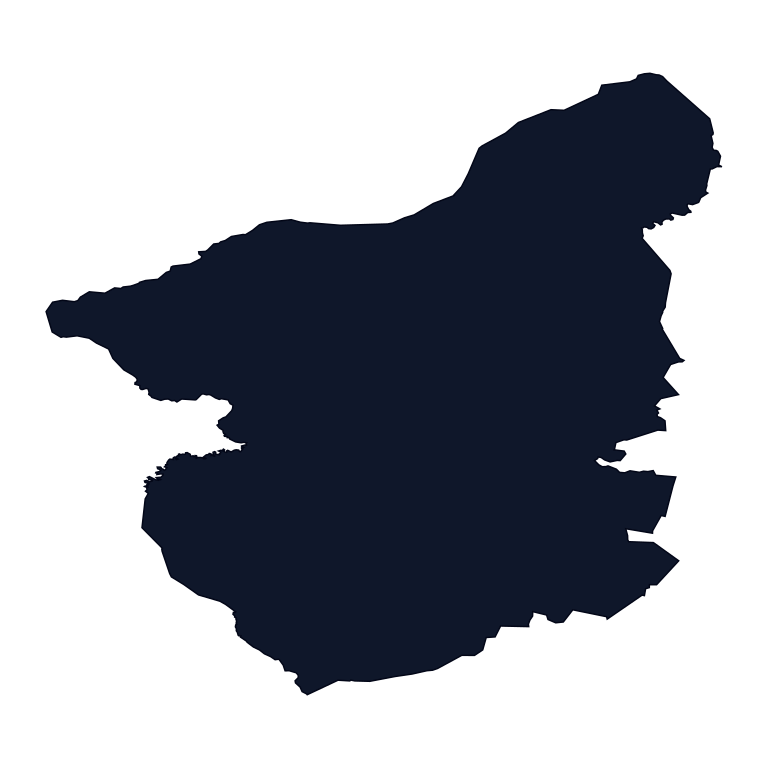 outline of Tirzas pag., Gulbene, Latvia
{"feature_id": "27541924B64079205421183", "entity_name": "Tirzas pag.", "entity_type": "district", "adm_level": 2, "iso_a3": "LVA", "parent_name": "Latvia", "parent_adm1": "Gulbene", "projection": "equal_earth", "projection_center": [26.38, 57.123], "detail": "fine", "context": "isolated", "style": "filled", "palette": "ink", "viewbox_px": 768, "rotation_deg": 0, "n_neighbors": 0, "source": "geoboundaries", "source_scale": "gbopen_adm2", "svg_char_len": 6107}
<svg xmlns="http://www.w3.org/2000/svg" viewBox="0 0 768 768"><path d="M607.2,619.1L642.1,595.1L644.4,595.6L645.6,588.7L649.3,587.6L649.4,584.7L656.6,584.7L678.7,560.8L653.4,542.6L628.6,541.7L627.7,539.7L627.6,535.6L625.7,528.7L652.5,533.2L652.6,530.8L661.2,515.5L665.1,516.4L673.0,485.8L675.8,477.0L655.8,475.3L653.2,470.6L647.9,471.6L643.5,471.2L639.4,472.3L630.0,470.8L624.8,472.8L619.6,472.4L616.4,469.2L608.0,465.9L605.9,466.6L602.2,466.7L598.8,464.8L594.5,460.5L597.6,458.6L598.2,456.9L601.2,457.5L604.6,459.9L610.1,461.9L617.2,460.4L620.2,460.6L625.8,454.0L624.2,451.1L614.0,449.8L614.6,448.8L615.9,442.6L623.9,439.8L626.8,440.0L657.8,430.1L665.7,430.6L665.0,420.8L660.5,417.7L657.4,416.6L657.0,414.4L658.5,413.0L656.8,410.1L659.8,408.9L654.5,405.9L660.8,398.6L678.5,394.6L663.1,377.5L670.6,364.5L678.4,361.9L682.3,361.8L684.0,360.4L679.7,358.4L662.3,329.3L662.7,328.5L659.5,321.6L661.1,315.8L662.7,312.4L662.7,311.1L665.2,307.1L665.5,302.7L671.1,273.8L669.9,270.4L642.1,238.3L643.2,235.8L642.4,232.9L642.3,229.7L641.5,228.1L643.0,227.8L644.2,226.9L647.1,227.3L648.6,228.6L651.1,228.9L653.7,227.5L655.0,225.4L652.6,223.4L653.6,221.7L658.0,222.8L660.6,224.9L662.1,224.2L661.9,222.1L663.4,220.2L665.8,219.0L669.5,218.9L670.8,220.1L672.9,219.5L673.4,217.9L670.6,215.3L670.2,214.0L672.1,213.0L682.1,215.2L684.7,215.1L687.7,212.5L690.9,212.3L690.8,211.3L688.7,209.6L687.1,206.4L687.2,204.6L688.2,203.8L692.6,204.6L698.1,202.6L698.8,202.1L700.7,197.7L707.8,193.1L705.9,192.1L705.5,190.1L706.9,185.5L706.7,183.8L710.3,169.0L712.2,168.9L716.9,166.6L721.9,166.7L718.6,165.0L720.5,156.2L717.8,151.3L716.4,150.5L713.5,150.2L712.1,147.3L712.9,143.4L711.1,135.6L712.9,134.5L713.2,132.9L709.7,118.8L666.8,81.0L662.6,76.6L659.1,75.0L656.3,74.8L650.0,73.3L644.3,73.8L638.2,75.4L636.5,78.9L629.9,81.8L601.8,85.2L598.3,94.3L564.1,110.3L551.0,109.7L518.4,122.5L505.5,133.2L482.1,145.9L479.1,148.3L468.3,173.6L461.5,186.8L453.8,195.1L454.2,195.5L433.3,203.5L414.1,214.9L404.5,217.8L392.8,223.0L387.6,224.0L340.5,225.3L310.0,222.8L307.6,223.1L300.4,222.2L291.2,219.7L266.8,222.3L259.4,224.8L252.5,230.4L245.5,234.7L243.0,234.5L231.4,236.5L225.3,240.5L220.6,241.9L219.0,243.4L213.7,244.0L207.7,250.0L205.6,251.4L198.7,251.8L199.0,254.0L201.8,256.1L201.0,258.7L190.1,264.1L173.0,266.1L171.2,267.0L170.2,271.1L166.3,272.4L158.0,279.3L145.7,280.5L139.4,282.4L139.2,283.2L133.4,285.3L130.3,286.2L123.1,287.0L120.9,288.5L114.6,287.9L105.0,293.2L89.3,291.8L80.4,297.1L77.8,300.6L74.3,301.7L62.5,300.3L52.6,302.2L46.1,311.6L52.2,332.0L61.0,337.3L63.2,336.7L66.4,337.1L77.1,335.8L89.2,338.2L96.5,343.1L108.6,349.0L112.9,358.4L123.9,369.9L132.7,375.0L135.6,377.1L137.1,379.0L137.1,380.7L136.3,382.1L135.1,382.5L134.9,384.2L139.8,385.6L139.9,388.1L141.1,389.4L142.6,389.5L146.1,388.4L148.1,388.9L149.1,392.3L148.7,394.4L151.2,396.3L151.9,397.4L160.8,400.4L164.7,399.2L168.3,399.0L171.7,400.8L174.6,400.5L176.9,402.0L181.7,399.0L195.2,399.9L196.2,399.6L201.4,394.4L202.9,393.8L206.5,394.8L209.0,394.5L210.7,395.0L215.4,397.9L219.3,399.4L221.4,398.7L228.1,399.9L230.2,403.7L233.0,405.2L232.6,408.4L231.7,410.7L225.9,416.9L223.2,417.8L218.6,420.8L218.9,424.2L217.1,425.2L219.5,428.1L223.2,430.4L223.0,431.6L223.7,433.5L225.5,434.3L224.1,435.7L224.5,436.3L227.4,436.5L227.2,437.6L229.4,437.8L229.7,439.0L235.6,441.9L241.1,442.8L243.9,442.3L246.5,442.8L246.0,443.2L246.6,445.2L245.9,445.5L245.1,445.0L241.5,446.0L241.6,446.5L243.5,447.4L241.5,447.9L241.6,448.7L242.8,448.8L242.7,449.2L240.5,451.7L239.5,451.5L238.7,450.1L236.2,449.8L234.2,450.2L231.1,452.0L227.7,450.3L226.7,450.9L226.8,452.1L226.0,452.4L223.4,451.2L224.6,450.0L223.5,449.1L223.0,449.5L223.2,450.4L222.7,450.6L220.9,450.3L218.6,451.0L220.8,452.1L220.5,453.1L219.3,453.9L219.7,454.5L219.4,454.8L215.7,454.2L215.7,452.2L214.6,451.6L213.0,452.3L213.7,455.1L214.8,456.0L214.4,456.3L212.4,455.5L211.0,455.6L211.9,454.4L210.0,453.6L209.2,453.5L208.5,454.5L206.2,454.9L203.4,457.1L206.0,458.3L205.5,458.8L203.4,458.8L202.3,457.8L200.8,457.5L198.4,457.5L196.2,458.4L195.9,458.0L197.0,457.1L196.5,455.7L195.0,455.6L195.0,456.5L194.0,456.8L193.2,455.8L190.6,456.3L190.2,454.3L187.2,452.6L185.6,452.8L185.3,454.2L184.8,454.4L182.7,454.1L180.9,454.7L179.2,453.9L178.5,454.3L178.8,455.9L177.4,455.8L176.1,456.9L176.2,457.8L178.1,459.1L176.3,459.6L175.5,458.9L175.5,457.4L174.8,457.0L173.4,457.7L173.1,458.5L173.4,459.5L169.8,459.1L168.6,460.1L167.0,462.5L166.9,463.5L167.5,464.5L165.7,464.7L165.9,465.4L164.5,466.8L166.9,467.6L164.8,470.2L164.3,470.4L163.3,469.3L161.3,468.5L161.1,467.5L160.5,467.1L157.2,467.1L157.6,468.7L159.8,469.5L160.7,470.6L159.2,471.6L155.9,472.4L155.7,472.9L157.3,473.2L156.9,474.5L160.7,473.9L163.2,474.2L163.0,475.2L161.0,477.2L156.2,477.6L157.7,479.2L157.3,479.6L160.0,479.2L160.7,479.6L158.3,480.4L155.8,479.8L149.4,476.6L147.5,477.4L148.9,478.7L148.7,479.6L151.9,479.8L152.5,480.6L152.2,481.0L149.2,481.9L146.7,480.4L144.5,481.0L145.0,482.4L149.0,483.5L149.0,484.0L146.9,484.6L146.8,485.1L148.1,485.3L147.5,486.0L147.9,486.8L145.2,486.0L144.5,486.5L147.0,487.4L146.7,488.0L147.1,489.7L145.5,491.2L148.3,493.4L145.2,498.9L142.0,527.7L162.3,548.2L161.8,549.0L162.1,551.2L169.7,573.6L171.4,576.9L183.8,584.5L198.5,594.9L219.9,601.2L225.6,604.4L235.8,611.9L235.1,612.6L233.4,612.4L233.0,614.3L234.8,615.9L234.6,617.0L236.3,618.1L235.9,619.1L236.6,619.7L236.3,620.8L236.7,622.1L236.1,623.0L236.8,624.2L235.7,624.9L235.4,626.9L236.4,628.7L236.3,630.8L237.2,632.0L238.2,635.3L238.9,635.8L240.9,635.9L240.5,637.1L246.4,641.1L247.2,642.3L253.4,647.0L259.4,649.9L264.4,653.8L270.6,656.6L275.1,659.7L278.9,659.2L283.2,665.1L285.1,670.8L289.2,670.7L296.2,672.8L298.1,675.1L298.3,676.9L298.0,677.9L295.1,680.8L295.5,682.9L300.1,687.1L302.1,691.6L306.6,693.9L307.2,694.7L338.0,680.2L349.8,680.9L350.8,680.1L354.8,680.9L369.8,681.3L395.0,676.5L412.2,674.0L426.9,670.7L432.6,670.2L437.5,668.5L461.8,655.3L474.5,655.4L482.7,649.9L486.2,637.5L495.1,636.9L500.6,626.0L528.7,626.6L528.4,624.1L529.9,620.1L532.6,616.1L532.7,611.6L546.6,615.0L548.0,619.5L555.7,622.8L563.3,622.0L572.8,609.8L606.6,616.7L607.2,619.1Z" fill="#0f172a" stroke="#020617" stroke-width="1.5"/></svg>